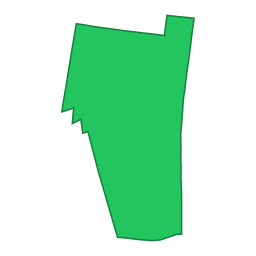 Negoi, Dolj, Romania
{"feature_id": "2599482B37503809350208", "entity_name": "Negoi", "entity_type": "district", "adm_level": 2, "iso_a3": "ROU", "parent_name": "Romania", "parent_adm1": "Dolj", "projection": "equal_earth", "projection_center": [23.369, 43.899], "detail": "fine", "context": "isolated", "style": "filled", "palette": "green", "viewbox_px": 256, "rotation_deg": 0, "n_neighbors": 0, "source": "geoboundaries", "source_scale": "gbopen_adm2", "svg_char_len": 1369}
<svg xmlns="http://www.w3.org/2000/svg" viewBox="0 0 256 256"><path d="M181.6,234.2L181.6,220.9L181.6,211.4L181.6,198.6L181.5,191.3L181.0,178.2L181.1,167.8L180.8,158.6L181.0,150.3L180.8,138.8L180.8,135.9L180.8,133.9L181.0,130.8L181.5,125.4L181.9,120.1L182.1,115.1L182.5,112.7L182.8,107.3L183.0,104.2L183.3,101.1L183.4,99.5L183.5,98.7L183.7,97.1L183.9,94.8L184.2,93.6L184.9,89.6L185.2,85.8L185.5,83.2L185.7,82.2L185.8,80.6L186.1,78.7L186.5,75.5L186.9,72.4L187.3,69.3L189.0,57.6L190.4,46.9L191.7,35.7L193.1,25.7L194.1,18.3L193.1,18.1L191.1,17.9L187.5,17.5L185.9,17.3L184.2,17.2L182.1,17.0L179.8,16.8L177.1,16.5L174.4,16.2L171.0,15.8L167.9,15.5L167.0,15.4L166.3,20.4L165.7,25.5L164.9,30.8L164.9,31.3L164.9,31.9L164.8,32.6L164.8,32.8L164.7,33.4L164.6,33.5L164.6,33.9L164.6,34.1L164.4,35.5L163.2,35.4L159.9,34.9L153.2,34.1L131.9,31.6L122.8,30.5L117.5,29.8L112.0,29.0L108.9,28.6L106.2,28.2L104.4,28.0L103.6,27.9L102.0,27.6L99.7,27.4L95.7,26.8L90.7,26.0L85.7,25.1L78.5,24.0L77.2,23.8L76.4,23.7L74.7,33.0L73.2,42.0L69.1,67.1L66.6,82.5L64.3,96.1L63.7,99.8L62.0,110.4L61.9,111.9L65.1,110.9L73.6,108.0L73.1,114.3L72.3,123.6L75.9,121.8L80.8,119.3L81.2,122.0L82.8,132.8L82.8,133.1L87.0,132.1L88.0,131.8L97.9,169.9L117.5,237.3L118.3,237.4L125.4,237.9L136.0,239.3L150.7,240.5L153.1,240.6L160.5,239.9L176.8,234.3L181.6,234.2Z" fill="#22c55e" stroke="#15803d" stroke-width="1.5"/></svg>